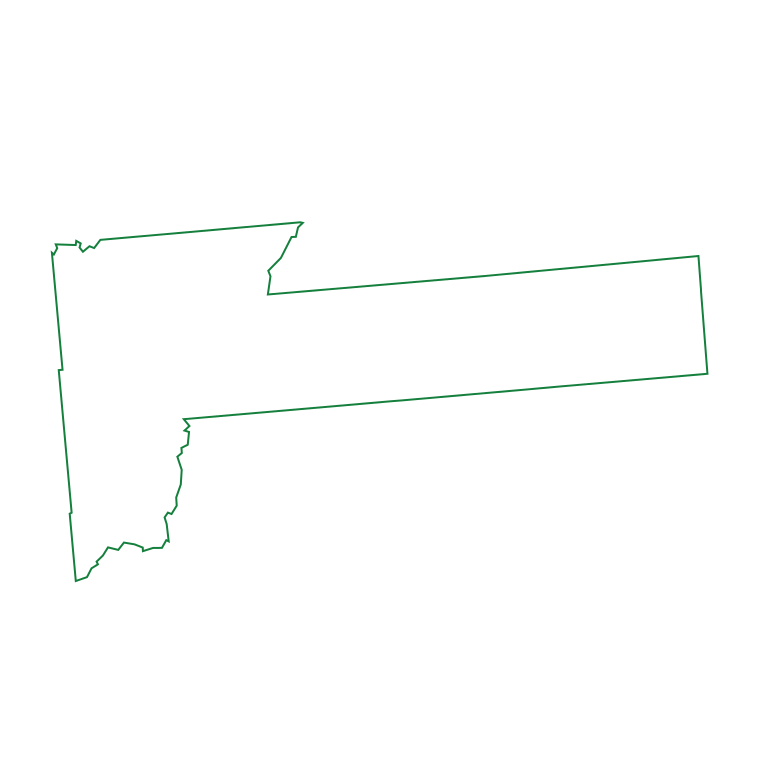 the district of Pennington, South Dakota, United States of America, rotated 175°
{"feature_id": "52423323B6635746218968", "entity_name": "Pennington", "entity_type": "district", "adm_level": 2, "iso_a3": "USA", "parent_name": "United States of America", "parent_adm1": "South Dakota", "projection": "equal_earth", "projection_center": [-102.496, 44.098], "detail": "fine", "context": "isolated", "style": "outline", "palette": "green", "viewbox_px": 768, "rotation_deg": 175, "n_neighbors": 0, "source": "geoboundaries", "source_scale": "gbopen_adm2", "svg_char_len": 990}
<svg xmlns="http://www.w3.org/2000/svg" viewBox="0 0 768 768"><g transform="rotate(175 384 384)"><path d="M453.3,552.4L654.0,552.3L660.9,544.7L665.4,546.9L672.4,542.0L675.4,546.5L673.9,550.5L678.1,553.4L679.0,549.3L698.8,551.7L697.7,547.8L701.6,541.8L703.4,543.7L703.0,426.2L706.8,426.2L706.4,283.0L708.4,282.2L708.2,214.6L696.7,217.5L691.4,225.9L684.7,229.3L685.8,232.1L679.0,237.6L673.2,245.3L663.2,241.9L656.9,248.7L646.5,246.0L638.6,242.1L638.7,238.5L628.4,240.8L619.5,240.1L614.5,247.4L612.2,246.0L612.7,263.4L614.2,270.2L610.5,274.7L607.0,273.0L601.1,280.9L600.9,289.0L595.2,301.6L593.0,316.1L596.2,329.6L591.4,332.9L591.4,338.0L584.8,340.6L582.4,353.2L586.8,355.0L581.5,359.1L586.5,366.4L377.6,366.2L368.1,366.1L352.2,366.1L300.3,366.1L250.8,366.1L207.6,366.2L60.9,366.0L60.1,449.3L60.0,450.0L59.6,484.1L274.5,482.8L491.9,483.3L487.7,501.2L489.4,506.9L475.7,518.6L463.3,538.5L459.0,538.3L456.0,547.5L450.9,551.6L453.3,552.4Z" fill="none" stroke="#15803d" stroke-width="2"/></g></svg>